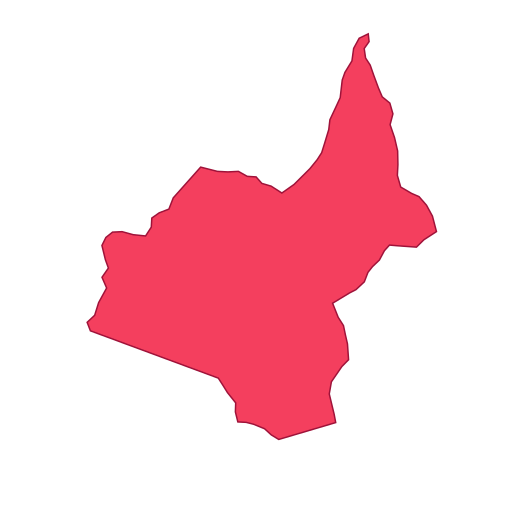 outline of Saltinho, São Paulo, Brazil, rotated 344°
{"feature_id": "56859067B49656029802383", "entity_name": "Saltinho", "entity_type": "district", "adm_level": 2, "iso_a3": "BRA", "parent_name": "Brazil", "parent_adm1": "São Paulo", "projection": "mercator", "projection_center": [-47.719, -22.866], "detail": "fine", "context": "isolated", "style": "filled", "palette": "rose", "viewbox_px": 512, "rotation_deg": 344, "n_neighbors": 0, "source": "geoboundaries", "source_scale": "gbopen_adm2", "svg_char_len": 1359}
<svg xmlns="http://www.w3.org/2000/svg" viewBox="0 0 512 512"><g transform="rotate(344 256 256)"><path d="M76.2,282.3L186.1,363.0L188.7,371.6L190.9,379.4L196.0,391.6L193.2,400.2L192.8,410.5L200.7,413.2L207.2,417.0L216.6,424.4L221.4,432.2L227.3,438.6L286.7,438.1L287.5,429.7L287.9,420.1L288.4,408.8L293.8,397.7L308.1,385.9L316.4,381.2L319.7,365.7L320.2,356.5L320.9,347.0L318.1,337.6L316.6,322.5L335.7,317.3L342.8,315.9L353.0,310.7L359.1,302.6L365.1,298.3L373.5,293.9L380.9,286.3L387.3,282.3L394.4,285.0L401.2,287.5L412.7,291.7L421.8,286.7L436.2,282.3L436.6,266.3L433.9,254.2L429.1,243.9L422.8,238.7L414.1,229.6L414.1,217.5L417.6,207.3L421.1,194.1L421.8,180.4L421.1,166.7L426.8,157.1L426.8,145.9L421.2,137.8L420.0,128.2L419.0,114.8L418.4,104.0L415.9,95.9L417.2,86.4L423.8,81.1L425.1,73.4L415.2,75.1L407.1,83.3L402.0,94.9L392.1,104.0L387.4,110.6L384.2,118.3L380.6,127.0L374.3,134.3L364.6,145.4L360.8,154.5L353.0,166.6L347.6,174.8L341.2,180.4L331.9,186.9L312.3,197.7L298.2,202.6L289.8,193.0L281.6,187.8L277.9,180.0L269.5,177.0L262.4,169.8L252.1,167.4L242.2,164.0L227.3,155.3L192.5,177.3L185.2,186.9L174.9,187.8L166.3,190.8L163.3,199.4L155.4,206.3L143.9,201.7L134.0,195.7L124.7,193.5L116.8,196.8L110.8,203.4L110.2,218.0L110.8,226.9L102.1,234.0L103.6,245.6L91.9,257.4L84.6,268.5L75.4,273.2L76.2,282.3Z" fill="#f43f5e" stroke="#9f1239" stroke-width="1.5"/></g></svg>